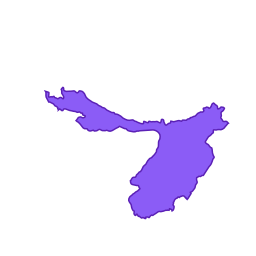 map outline of Badakhshan (orthographic projection), rotated 213°
{"feature_id": "AFG-1760", "entity_name": "Badakhshan", "entity_type": "Province", "adm_level": 1, "iso_a3": "AFG", "parent_name": "Afghanistan", "parent_adm1": "", "projection": "orthographic", "projection_center": [71.727, 36.958], "detail": "fine", "context": "isolated", "style": "filled", "palette": "violet", "viewbox_px": 256, "rotation_deg": 213, "n_neighbors": 0, "source": "natural_earth", "source_scale": "10m", "svg_char_len": 5756}
<svg xmlns="http://www.w3.org/2000/svg" viewBox="0 0 256 256"><g transform="rotate(213 128 128)"><path d="M213.8,114.7L213.4,114.4L211.6,111.0L211.0,110.9L209.4,112.5L208.5,112.7L208.2,113.3L207.5,114.1L207.2,114.2L206.3,113.6L204.2,114.1L203.0,114.2L202.6,114.5L201.9,116.1L201.5,116.7L201.0,117.0L200.2,117.2L198.8,117.0L198.3,117.3L198.3,118.2L198.9,119.1L200.1,119.9L202.4,121.0L203.0,121.8L204.0,123.4L204.9,123.8L205.0,124.0L205.1,124.7L204.8,126.5L204.2,126.7L203.4,126.0L202.6,124.9L201.8,124.6L201.0,124.7L199.5,125.2L198.5,126.0L195.6,128.0L193.8,129.5L192.9,129.9L190.5,129.6L189.9,129.8L189.4,130.2L189.2,130.9L189.1,132.4L188.7,132.9L186.6,133.7L185.5,133.7L183.3,133.1L180.3,131.2L179.1,130.8L176.9,130.4L172.0,130.3L167.3,131.2L164.9,130.9L162.5,131.3L160.8,131.2L158.9,131.8L158.4,131.9L155.6,131.5L150.2,132.1L149.6,132.4L148.3,133.2L147.8,133.2L146.6,132.7L145.7,133.0L144.9,133.5L143.8,133.8L140.6,134.0L137.5,133.6L135.1,133.8L132.7,134.3L130.9,135.3L128.7,137.2L127.9,137.5L126.2,137.4L124.7,137.9L123.1,138.0L119.9,138.7L118.2,139.4L117.6,139.9L117.5,140.4L118.1,141.3L118.3,142.1L117.7,142.5L115.6,142.8L114.2,143.3L113.9,143.7L114.1,144.5L114.1,144.9L113.5,145.4L112.0,145.8L111.2,146.3L110.6,146.9L108.9,147.9L107.4,149.2L106.8,149.4L104.5,149.6L103.7,150.1L103.8,151.5L104.4,152.8L104.5,153.4L104.0,153.9L103.5,154.1L102.9,154.1L102.3,153.9L101.3,152.7L99.1,151.3L98.4,151.0L97.7,151.1L97.3,151.5L96.6,153.6L96.3,154.1L95.4,155.0L95.2,155.7L95.8,157.0L95.1,157.4L93.5,157.9L92.9,158.3L90.0,161.4L89.3,162.0L86.9,162.8L86.7,163.1L86.6,164.1L86.3,164.5L83.4,166.2L83.2,166.6L83.0,167.6L82.8,168.0L81.6,169.2L81.2,169.9L81.4,170.6L80.4,171.5L79.2,173.5L78.4,174.3L78.2,174.6L78.0,175.1L77.6,177.7L77.3,178.6L75.7,181.1L74.2,181.9L74.0,182.2L73.7,183.3L73.8,183.8L74.0,184.1L74.9,184.6L75.3,185.1L75.5,185.4L75.5,185.7L75.3,186.0L74.2,187.0L73.5,188.3L72.1,188.9L70.9,188.7L70.4,189.0L70.0,190.2L70.1,191.1L70.0,191.6L70.3,192.3L70.5,194.0L70.4,194.6L69.8,195.5L69.1,195.5L67.2,195.1L65.9,195.2L64.8,194.8L63.3,193.0L62.9,193.1L62.5,193.4L61.9,194.2L61.7,194.6L61.6,195.7L61.3,196.3L60.1,196.9L59.1,197.3L57.9,197.1L57.7,196.5L57.6,194.7L57.9,193.5L58.4,192.3L58.3,191.6L57.9,190.9L56.3,189.0L56.0,187.5L55.6,187.0L53.5,186.2L52.5,185.6L52.1,185.5L51.6,185.5L50.9,185.8L49.6,186.9L48.7,187.2L46.4,186.7L46.7,186.1L47.0,183.3L47.2,182.5L47.3,180.5L48.1,178.5L48.6,178.0L49.1,177.2L50.1,176.7L51.7,175.7L53.0,174.3L54.9,173.3L55.1,173.1L55.2,172.7L55.0,172.2L54.0,170.7L54.0,170.0L54.5,169.1L54.5,168.1L55.2,165.7L55.7,164.9L55.8,163.6L55.7,158.8L55.3,158.1L54.5,157.8L53.3,157.7L51.6,157.8L49.2,156.9L48.0,156.7L47.0,156.9L46.6,156.6L46.0,156.1L43.5,153.0L41.5,151.4L40.0,150.6L39.8,150.3L39.7,150.0L39.8,147.9L39.3,146.2L38.7,143.3L38.7,141.6L39.0,139.6L39.0,129.3L40.2,128.4L40.4,127.6L40.9,126.7L41.9,126.3L42.4,125.9L42.5,125.3L43.4,123.8L42.6,122.3L42.0,121.6L40.7,120.5L40.4,120.1L40.2,119.5L40.3,117.1L39.3,114.3L39.3,113.1L39.5,110.5L39.8,109.3L40.7,108.0L40.4,107.7L39.5,107.5L39.4,107.0L39.3,101.4L39.5,100.5L39.9,100.7L41.1,100.9L40.8,100.6L41.8,100.8L42.9,101.2L44.0,101.4L45.1,101.0L46.3,99.4L46.6,99.3L47.2,97.6L48.1,97.6L48.4,97.3L48.7,96.7L48.6,95.9L49.4,94.9L49.7,93.6L49.7,92.9L49.3,90.9L49.5,90.4L48.8,89.6L48.6,89.0L48.5,88.3L48.3,88.0L46.7,87.4L46.1,86.4L45.6,85.1L45.4,83.7L45.9,82.5L46.6,83.1L47.4,83.3L48.2,83.2L49.1,82.9L48.8,82.5L48.7,82.1L48.8,81.3L49.9,80.9L50.3,80.3L51.5,79.6L53.1,77.5L54.8,75.8L55.1,75.6L56.4,75.0L56.7,74.7L57.2,73.9L58.2,71.4L59.2,69.3L59.6,68.2L60.9,67.7L61.4,66.1L61.4,64.8L61.5,64.4L61.9,64.2L62.7,64.2L63.0,64.1L64.3,63.1L64.6,62.6L63.9,62.0L63.9,61.7L64.6,61.3L66.7,61.1L67.4,60.0L68.0,59.9L69.1,59.9L70.3,60.2L70.9,59.7L71.3,59.6L72.8,60.3L73.6,60.6L74.0,60.1L73.9,59.0L74.2,58.7L75.0,58.7L75.9,59.1L76.6,59.8L77.1,61.0L77.3,61.4L77.7,61.7L78.7,61.5L80.1,62.2L81.5,63.2L83.7,65.5L86.7,66.8L87.9,67.6L88.7,69.0L89.0,71.0L88.8,72.0L88.1,74.0L87.9,75.3L87.2,76.6L86.7,78.5L85.6,80.5L85.4,81.7L85.0,82.7L84.9,83.2L85.1,83.8L85.3,83.9L85.9,83.9L87.3,85.0L88.1,85.3L89.4,84.5L93.8,82.9L95.1,83.0L96.2,83.8L97.3,85.1L97.1,85.5L97.2,87.0L97.2,88.1L97.1,88.9L96.5,89.7L95.2,90.6L94.9,91.4L95.3,93.3L94.8,95.2L94.6,97.1L93.8,98.3L93.7,100.3L94.2,104.0L93.8,105.8L93.4,106.9L93.3,107.5L93.5,109.3L93.6,111.2L93.5,112.2L93.3,112.7L93.3,114.0L91.9,116.3L92.0,117.4L91.8,117.8L91.6,118.5L91.3,120.4L91.2,123.2L91.3,123.7L92.1,125.2L92.2,125.8L92.2,127.6L92.3,128.6L92.7,129.5L94.7,132.8L95.1,133.8L95.3,135.9L95.6,136.8L96.5,138.5L97.7,139.8L99.3,140.6L101.0,141.0L102.8,141.0L104.6,140.6L106.0,140.0L116.6,132.1L117.6,131.0L118.8,130.3L120.0,128.7L121.5,127.7L125.2,126.2L126.8,125.8L129.3,126.3L130.6,125.6L136.0,124.8L136.3,124.3L136.5,123.5L138.0,121.0L139.7,117.5L140.8,116.0L142.2,115.1L143.9,114.7L144.8,114.4L145.6,113.4L148.2,111.8L150.8,111.5L151.5,111.0L151.9,110.3L152.5,109.0L153.1,108.3L154.5,107.2L154.8,107.1L155.6,107.3L156.0,107.2L157.7,105.2L158.3,104.8L159.0,104.5L159.9,104.4L160.8,104.5L161.4,104.9L162.0,105.0L164.2,103.7L165.9,103.7L170.2,105.2L172.8,105.8L174.3,105.7L175.6,105.9L175.4,107.4L175.4,109.3L175.2,110.0L174.6,110.7L174.0,111.3L173.5,111.6L172.1,111.7L171.3,112.0L170.6,112.7L170.1,113.6L170.3,114.6L170.9,114.9L172.4,114.4L173.2,114.4L174.2,115.6L174.6,115.5L175.2,115.1L175.6,114.9L177.0,115.1L177.5,115.0L178.8,113.7L179.6,113.4L181.1,113.2L183.1,112.2L183.9,112.0L186.6,110.9L190.6,110.0L191.5,109.6L192.2,108.8L192.2,107.2L192.8,106.6L193.7,106.6L194.8,106.8L195.7,106.7L196.1,105.4L196.3,106.0L196.7,105.7L197.1,105.7L197.5,105.9L198.0,106.8L198.4,106.9L199.8,107.1L201.2,106.8L203.6,107.6L207.6,107.2L208.6,106.6L213.4,109.3L214.4,110.4L216.2,113.2L217.3,113.8L214.4,114.6L213.8,114.7Z" fill="#8b5cf6" stroke="#5b21b6" stroke-width="1.5"/></g></svg>